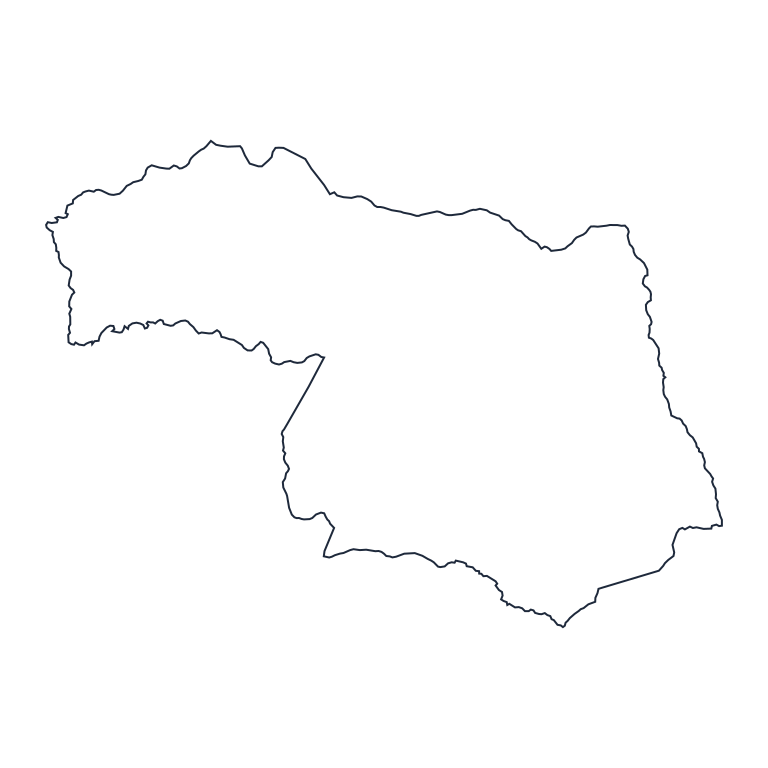 Bandeirantes, Mato Grosso do Sul, Brazil (Albers equal-area conic projection)
{"feature_id": "56859067B62284650364445", "entity_name": "Bandeirantes", "entity_type": "district", "adm_level": 2, "iso_a3": "BRA", "parent_name": "Brazil", "parent_adm1": "Mato Grosso do Sul", "projection": "albers", "projection_center": [-54.325, -19.824], "detail": "fine", "context": "isolated", "style": "outline", "palette": "slate", "viewbox_px": 768, "rotation_deg": 0, "n_neighbors": 0, "source": "geoboundaries", "source_scale": "gbopen_adm2", "svg_char_len": 6059}
<svg xmlns="http://www.w3.org/2000/svg" viewBox="0 0 768 768"><path d="M305.3,159.0L283.5,147.9L278.9,147.7L275.5,147.9L272.7,152.1L271.7,157.0L268.6,160.3L261.9,166.3L258.3,166.3L249.7,163.6L244.9,155.4L241.9,148.4L240.1,146.2L227.6,146.7L220.5,145.7L216.1,144.8L210.9,140.9L206.4,146.2L203.7,148.6L201.2,149.7L198.8,151.4L193.6,155.7L191.2,158.2L189.9,160.3L188.8,163.4L186.1,166.0L181.9,168.2L179.5,168.5L176.8,166.4L173.8,165.5L169.4,168.7L166.4,168.6L159.5,167.6L151.7,165.3L147.7,167.6L146.0,170.4L145.4,174.3L143.5,176.7L141.8,179.7L138.2,181.0L133.2,182.2L130.6,184.0L126.7,185.9L122.9,190.7L119.6,193.7L113.7,194.9L111.3,194.7L109.0,194.2L101.3,190.5L98.7,189.8L96.1,190.0L93.8,191.7L88.9,190.6L85.4,191.5L83.1,192.4L81.2,194.7L78.2,196.0L73.1,200.0L72.8,203.4L67.4,205.6L65.6,213.1L67.8,214.2L66.5,217.1L63.3,218.0L58.3,216.9L55.6,217.9L57.8,219.9L56.9,222.3L51.7,223.0L47.8,222.2L46.1,224.9L46.7,227.5L49.7,230.2L52.9,231.9L52.4,235.1L53.7,239.0L53.9,242.1L55.8,244.3L56.3,247.8L56.2,250.9L58.5,252.0L58.9,255.1L58.8,257.5L60.6,262.7L64.1,266.4L68.6,269.1L71.1,271.5L71.1,275.7L69.6,279.6L68.7,285.5L70.6,288.1L73.1,289.9L74.3,292.5L72.0,294.7L69.3,301.5L69.2,306.4L71.4,309.0L69.3,313.7L70.2,316.8L70.3,324.4L69.0,326.5L68.9,329.0L70.0,332.8L68.2,334.9L68.6,342.3L71.3,344.1L74.0,344.7L75.5,342.5L79.1,344.6L84.0,345.3L86.4,343.6L89.1,342.4L91.9,341.6L92.2,344.2L94.5,341.2L98.6,340.8L99.5,336.7L101.4,333.0L106.7,327.5L110.1,325.7L113.4,326.0L114.4,329.0L112.2,331.2L119.5,332.6L121.8,332.2L123.5,329.6L124.6,326.2L128.0,328.9L128.8,325.9L132.4,323.4L136.5,322.7L140.2,323.5L143.3,325.0L144.9,328.5L147.1,327.8L148.4,325.4L146.6,323.4L148.0,321.7L150.6,322.4L153.1,322.4L155.2,323.5L157.7,321.2L160.2,319.8L162.7,320.7L163.8,324.0L170.6,325.8L173.2,325.4L175.3,323.5L180.9,321.0L185.3,320.5L188.0,321.7L189.9,324.1L193.4,327.1L195.9,330.6L198.7,333.5L201.6,332.5L208.8,333.4L212.3,333.3L217.0,330.2L219.5,332.0L220.6,334.2L221.5,336.9L224.5,337.5L229.5,339.2L233.6,339.8L241.9,345.0L243.9,347.9L247.6,350.4L251.6,350.5L253.7,349.0L255.9,346.2L258.7,344.1L260.6,341.9L263.2,342.8L268.2,349.1L269.1,353.7L271.1,357.3L270.7,360.3L272.1,362.2L275.1,363.6L279.0,364.5L281.8,363.7L284.2,362.1L290.4,360.9L293.6,362.2L297.3,362.9L301.9,362.4L304.3,361.1L306.7,358.0L309.4,356.4L315.7,354.3L318.4,354.8L321.3,357.0L324.1,357.5L308.7,386.6L287.3,423.9L284.0,429.5L282.5,431.2L281.7,434.0L283.3,437.1L282.8,441.3L283.8,447.6L283.0,450.6L285.3,453.3L284.0,456.4L283.9,459.2L285.3,462.6L287.8,465.7L289.0,468.9L287.9,471.2L286.1,473.3L285.1,478.5L282.8,482.1L283.3,487.5L286.4,493.8L287.1,496.0L289.1,507.8L291.8,514.6L294.4,517.3L296.6,518.1L299.0,518.0L301.7,519.0L304.0,519.4L309.6,519.1L312.3,518.0L316.0,514.5L321.0,512.6L324.2,513.3L325.6,516.5L327.3,519.5L329.1,521.2L330.1,523.7L334.1,527.9L324.5,551.1L323.8,556.3L329.2,557.5L331.9,556.7L334.9,555.2L340.0,553.6L343.5,553.0L350.1,550.1L353.5,549.2L359.8,550.1L366.2,549.7L375.3,551.2L378.6,551.0L381.5,551.9L384.0,553.7L386.3,556.0L389.8,556.4L392.4,557.4L396.1,556.7L404.2,553.7L414.8,553.1L422.4,555.8L427.7,558.9L431.2,560.6L433.8,562.3L438.0,566.6L440.3,567.1L444.7,566.4L448.1,563.3L451.6,562.3L454.6,562.7L455.8,560.6L463.1,562.3L466.0,563.6L466.7,566.2L472.7,567.3L475.8,570.8L479.1,571.2L479.2,573.6L481.4,573.8L483.4,576.2L486.9,575.9L495.6,581.3L497.2,583.7L495.6,585.5L498.9,590.0L502.0,592.0L502.6,595.6L501.1,599.4L503.6,601.0L506.7,602.1L507.3,605.0L509.3,603.8L515.0,607.4L518.8,607.1L522.2,608.3L524.9,611.1L528.8,611.1L530.8,609.6L533.5,610.4L535.1,612.9L539.0,614.0L541.5,614.2L544.8,613.1L547.4,615.1L550.3,616.1L551.6,619.2L553.8,620.1L557.5,624.8L560.8,625.4L562.9,627.1L564.8,625.7L565.6,622.7L567.6,620.9L569.8,618.1L574.6,613.9L578.7,611.0L580.7,609.2L583.6,608.1L588.4,604.3L595.2,601.8L595.4,597.8L597.5,593.1L598.5,588.8L658.9,570.7L663.2,565.9L664.9,563.2L668.3,559.9L673.5,556.0L674.2,552.4L672.5,544.9L676.6,533.2L679.2,529.2L682.4,527.9L684.9,529.4L689.9,526.6L692.9,528.0L696.5,527.3L703.6,528.9L711.3,528.6L711.9,525.9L716.4,524.6L719.1,526.1L721.9,525.7L721.9,519.9L720.1,515.6L719.4,512.4L717.8,508.8L717.2,505.2L717.8,501.7L715.7,498.1L716.0,494.3L715.4,488.6L713.4,485.5L712.1,481.8L713.1,478.5L711.6,476.5L710.2,474.0L704.9,468.3L704.2,465.4L704.9,462.1L704.1,458.9L703.0,456.7L702.3,453.2L699.0,451.4L698.9,448.8L696.7,446.7L696.1,443.3L692.7,437.4L689.9,435.2L687.5,432.2L686.9,429.2L685.7,426.1L683.1,423.6L681.7,420.5L679.6,418.6L677.2,418.3L671.3,415.5L670.6,411.5L669.2,407.5L668.9,404.0L667.2,399.4L665.1,396.8L663.8,394.1L663.3,390.1L663.7,387.2L663.0,382.6L663.3,379.1L665.3,377.3L663.4,375.8L663.8,372.9L662.1,370.0L661.6,367.7L659.3,365.6L659.1,362.7L658.0,359.0L659.2,353.6L658.6,348.3L653.2,340.0L651.2,338.5L648.9,337.7L648.6,335.0L649.5,332.7L649.7,329.0L649.3,325.9L651.1,324.2L651.6,321.9L649.9,316.9L647.8,314.2L646.2,310.2L645.9,304.8L647.8,302.1L650.9,300.3L650.7,297.3L651.0,294.2L650.4,291.7L649.1,289.8L647.0,287.5L644.9,286.3L642.8,283.5L643.4,279.2L645.1,276.0L647.5,275.3L647.3,269.6L644.0,263.1L640.1,259.4L637.3,257.7L635.0,254.9L633.7,251.8L633.4,249.0L632.0,246.6L629.8,244.5L628.2,238.7L627.6,235.5L628.8,231.9L627.8,228.7L624.9,225.6L621.5,225.8L617.6,225.1L609.9,225.0L606.5,225.7L597.7,226.7L594.2,226.4L590.9,226.5L589.0,228.4L585.9,232.6L583.2,234.6L576.5,237.5L574.2,239.8L571.9,243.1L567.5,246.3L565.3,248.4L561.3,249.7L551.2,250.9L549.4,248.9L546.9,247.2L544.6,246.6L541.3,248.8L537.5,243.5L534.9,241.8L531.3,240.4L529.2,239.2L527.5,237.4L525.4,236.1L521.0,231.2L518.1,230.3L516.2,229.0L511.6,224.3L508.9,220.9L505.3,220.2L502.7,219.1L499.1,215.6L490.1,212.6L486.8,210.3L479.9,208.8L475.8,209.9L473.1,209.8L470.1,210.6L462.2,213.8L451.8,215.1L448.6,215.1L445.8,214.6L439.9,212.0L437.0,211.4L421.2,214.9L418.8,215.9L416.5,215.9L410.7,214.1L403.4,212.7L400.9,211.7L391.7,210.2L383.7,207.6L380.5,207.0L377.2,207.0L374.5,205.5L371.2,201.6L367.3,199.1L361.3,196.5L357.3,196.4L351.5,197.9L343.5,197.2L337.1,195.5L334.3,192.3L329.9,194.2L324.1,185.0L311.3,168.6L305.3,159.0Z" fill="none" stroke="#1e293b" stroke-width="2"/></svg>